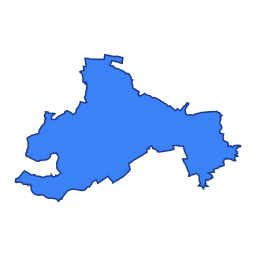 Sancraiu, Cluj, Romania
{"feature_id": "2599482B11402741815659", "entity_name": "Sancraiu", "entity_type": "district", "adm_level": 2, "iso_a3": "ROU", "parent_name": "Romania", "parent_adm1": "Cluj", "projection": "equal_earth", "projection_center": [22.961, 46.83], "detail": "fine", "context": "isolated", "style": "filled", "palette": "blue", "viewbox_px": 256, "rotation_deg": 0, "n_neighbors": 0, "source": "geoboundaries", "source_scale": "gbopen_adm2", "svg_char_len": 5767}
<svg xmlns="http://www.w3.org/2000/svg" viewBox="0 0 256 256"><path d="M112.9,183.0L115.6,181.0L117.8,180.1L120.9,177.9L122.5,177.2L129.3,170.9L129.9,170.0L130.0,168.7L129.5,166.6L128.9,164.8L128.8,163.5L129.0,163.2L130.0,163.1L131.7,161.7L132.4,160.9L142.8,154.9L145.1,153.2L146.9,152.5L147.0,148.8L149.4,148.9L149.7,148.2L149.1,147.0L151.5,146.0L152.7,147.4L152.7,148.5L156.1,149.6L156.6,149.9L156.8,150.6L157.8,150.8L157.6,151.5L157.7,151.8L159.1,152.0L170.8,150.2L172.7,149.6L174.0,149.1L173.7,147.9L172.9,146.6L172.7,145.6L176.0,145.6L178.0,145.3L178.2,145.9L183.0,146.2L183.7,147.5L184.5,151.1L186.6,155.5L187.1,157.1L187.3,158.8L182.7,159.0L184.0,162.2L185.7,164.7L186.1,166.1L187.4,168.8L187.7,170.6L189.5,172.9L188.8,174.8L188.8,176.2L190.3,175.8L191.3,175.0L194.5,174.2L195.3,173.6L196.5,173.5L197.2,173.8L199.2,176.0L199.4,177.7L199.0,180.2L200.6,183.8L198.7,185.4L198.4,185.9L201.0,186.1L202.5,187.1L202.8,188.1L203.2,188.4L203.1,188.1L204.2,187.1L204.7,185.5L206.0,185.8L206.3,186.5L206.8,186.2L207.7,186.2L205.3,184.4L205.9,183.3L205.1,182.3L205.6,182.2L205.6,180.6L206.2,179.5L207.9,180.4L211.0,178.3L211.5,178.6L211.9,178.1L212.0,176.7L212.6,177.1L212.3,175.8L211.4,174.8L208.2,173.0L212.8,172.0L214.3,172.1L213.7,169.2L217.9,168.1L218.9,167.5L219.1,166.8L219.7,166.3L221.0,166.7L223.6,165.4L224.4,164.7L223.7,163.6L223.8,162.4L223.2,162.2L223.6,161.8L223.9,160.1L225.0,159.0L225.3,159.1L226.2,158.2L226.8,159.0L229.5,158.8L231.5,159.6L231.6,159.4L233.3,160.5L235.5,160.7L234.6,158.6L235.2,156.5L235.2,155.8L237.3,156.5L237.9,156.1L235.5,154.4L237.6,153.3L237.1,151.7L235.9,150.6L235.7,150.0L236.4,148.4L237.2,148.0L237.7,148.1L237.6,147.3L238.3,146.8L240.3,146.8L240.6,145.7L238.8,145.3L235.0,145.5L233.5,145.9L232.4,147.3L230.6,145.7L229.3,146.4L228.3,146.5L227.8,146.0L228.4,144.1L227.7,143.8L227.8,142.4L227.0,142.2L223.2,140.2L223.0,137.5L223.6,134.0L220.1,133.3L219.9,132.3L219.5,131.7L219.7,130.8L221.5,128.7L221.8,127.5L221.5,126.1L219.9,123.4L219.5,122.3L220.2,121.1L220.1,120.7L220.6,120.0L220.7,119.1L220.9,118.8L220.7,118.3L220.8,117.9L220.1,116.8L222.0,115.6L219.7,113.9L220.0,113.4L219.3,112.6L217.4,112.3L216.8,111.3L214.9,111.6L212.1,111.6L201.8,112.5L194.9,114.1L193.9,115.4L190.1,114.7L188.0,115.3L185.7,113.9L185.1,112.0L185.6,108.3L188.8,103.9L188.6,103.4L187.3,102.7L185.5,105.0L183.2,107.1L181.0,109.9L179.9,110.6L177.3,108.7L175.7,110.6L173.1,108.8L170.3,106.1L169.8,106.3L169.4,105.9L167.9,106.1L166.4,104.2L165.6,104.0L162.6,102.1L160.7,101.3L160.3,100.6L157.0,98.7L154.3,97.5L152.6,97.9L150.0,95.7L146.6,95.1L144.9,93.5L143.2,94.5L139.7,96.2L138.4,95.0L139.0,94.5L137.9,93.4L139.2,92.3L139.0,91.5L135.5,90.2L135.9,89.7L132.7,87.9L132.6,84.5L131.5,82.8L132.7,80.0L131.1,79.7L131.1,77.2L130.5,76.6L130.1,75.5L129.4,74.8L129.4,74.3L127.4,73.4L126.2,73.8L125.5,72.6L122.9,71.1L118.6,69.1L114.0,67.7L114.0,66.6L112.2,65.7L110.4,65.6L110.4,65.0L110.0,64.7L111.3,62.6L111.8,60.6L114.3,61.2L115.0,61.2L115.6,61.7L117.5,61.7L118.8,62.5L122.2,63.4L122.8,57.7L117.0,56.2L116.4,56.2L116.1,56.8L115.5,56.5L113.9,56.6L113.9,56.4L113.3,56.2L112.2,56.4L110.7,55.8L104.8,54.7L104.2,59.4L89.5,59.1L88.2,58.4L85.1,58.3L85.3,60.5L86.2,65.9L85.2,66.2L84.3,67.1L83.5,66.5L83.9,70.6L81.3,71.0L79.9,71.9L82.3,74.2L82.9,77.3L82.9,78.8L83.2,79.1L83.1,79.9L83.2,80.4L82.8,81.1L82.9,81.7L83.5,82.3L84.2,82.3L84.8,82.7L85.4,82.6L85.6,82.0L86.0,81.8L86.3,82.2L85.8,83.5L86.0,84.0L85.5,84.1L86.0,84.5L86.7,84.2L86.9,84.5L87.0,86.2L86.5,87.9L86.5,88.7L86.9,89.0L86.6,89.2L86.6,89.7L86.3,90.3L86.4,90.8L86.7,91.1L85.9,91.8L85.7,92.9L85.9,93.4L85.6,94.0L85.5,95.4L84.5,97.3L85.1,99.4L86.9,102.4L84.6,103.0L80.4,101.7L79.8,104.4L77.5,108.1L76.5,109.2L76.1,110.8L76.1,112.1L75.7,112.8L73.3,114.3L72.6,114.7L71.7,113.2L67.7,110.8L65.4,111.3L65.0,111.7L64.7,113.0L64.4,113.5L61.8,114.6L60.4,115.5L59.8,115.6L58.5,116.6L57.6,116.9L57.0,117.5L56.8,118.4L54.8,119.5L52.3,119.4L51.3,119.0L51.7,116.3L54.8,113.9L54.3,113.8L54.2,113.4L48.6,113.3L48.0,112.0L45.4,111.8L45.7,113.0L45.1,114.4L44.7,114.6L44.4,116.3L45.1,117.7L46.0,118.0L46.2,118.6L45.4,119.1L44.8,120.0L45.3,120.9L44.6,121.9L44.7,122.4L44.4,123.2L44.5,123.8L43.1,124.6L42.1,126.1L41.3,126.6L41.1,127.5L40.4,128.2L40.2,129.0L39.3,130.0L38.8,133.3L37.5,134.0L36.6,134.0L31.1,135.7L29.4,137.0L28.1,137.2L27.1,138.1L27.6,140.9L27.9,141.4L28.2,143.0L28.1,145.3L28.3,146.3L27.7,148.5L26.8,150.6L27.0,152.1L26.7,152.1L26.2,152.8L25.8,154.3L25.8,154.8L26.4,156.1L27.6,156.7L29.2,156.8L30.2,158.0L33.6,159.4L36.4,161.0L39.4,161.2L40.0,160.5L40.8,160.3L46.8,159.8L49.0,158.3L50.2,156.8L50.4,156.2L50.4,154.8L50.7,154.3L53.6,153.1L55.1,153.3L56.4,153.1L57.3,154.7L58.0,155.2L58.6,157.6L57.9,160.1L57.0,161.7L56.7,165.0L57.0,166.3L56.8,168.0L58.4,170.5L59.9,171.6L60.6,172.3L60.4,173.4L58.1,175.3L57.0,175.8L55.9,175.4L56.1,176.1L54.0,176.9L53.4,176.9L52.3,176.3L51.3,174.6L51.2,175.5L50.8,176.0L45.8,176.3L44.5,177.1L42.9,177.6L40.9,176.6L35.4,175.9L35.0,174.9L34.3,174.6L31.4,175.1L28.1,172.9L24.4,170.9L24.2,171.4L23.1,172.0L22.5,173.2L20.4,175.6L19.4,177.2L15.5,179.3L15.6,180.5L15.4,181.9L16.4,182.5L17.6,182.1L20.1,182.1L21.8,182.7L23.4,184.2L26.4,184.3L27.7,184.8L28.0,185.3L28.1,185.0L27.7,184.5L29.6,184.2L29.8,184.8L30.2,185.1L30.4,184.5L30.8,184.6L30.8,186.2L31.3,186.7L31.4,187.3L31.1,188.4L31.3,189.7L32.5,192.1L34.0,193.7L36.5,194.9L37.2,194.7L38.7,195.3L42.7,194.7L46.4,197.3L48.4,198.2L51.0,198.2L53.7,198.6L55.2,198.5L56.5,199.2L57.8,200.6L58.7,201.3L59.5,199.0L60.3,199.6L61.2,199.1L61.5,198.3L62.1,198.7L62.8,196.7L67.9,190.5L72.2,189.2L73.9,189.0L75.3,189.5L76.6,189.5L81.4,190.5L84.2,190.3L85.6,189.3L87.2,187.2L88.5,186.6L89.2,187.0L89.4,186.8L91.4,184.4L92.3,182.0L94.6,180.7L96.5,180.2L97.8,183.3L107.9,176.3L112.1,181.2L112.9,183.0Z" fill="#3b82f6" stroke="#1e3a8a" stroke-width="1.5"/></svg>